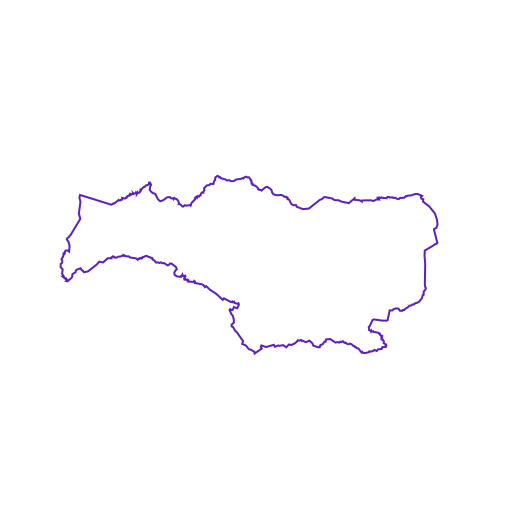 the district of Ogan Komering Ulu Timur, Sumatera Selatan, Indonesia, rotated 57°
{"feature_id": "22746128B29719145941035", "entity_name": "Ogan Komering Ulu Timur", "entity_type": "district", "adm_level": 2, "iso_a3": "IDN", "parent_name": "Indonesia", "parent_adm1": "Sumatera Selatan", "projection": "orthographic", "projection_center": [104.552, -4.106], "detail": "fine", "context": "isolated", "style": "outline", "palette": "violet", "viewbox_px": 512, "rotation_deg": 57, "n_neighbors": 0, "source": "geoboundaries", "source_scale": "gbopen_adm2", "svg_char_len": 6133}
<svg xmlns="http://www.w3.org/2000/svg" viewBox="0 0 512 512"><g transform="rotate(57 256 256)"><path d="M296.1,84.0L292.1,86.6L290.7,88.8L289.6,93.1L288.0,96.0L288.0,97.2L287.4,97.6L287.9,100.0L285.7,103.6L286.1,105.2L284.7,106.7L283.0,107.5L282.1,109.2L281.2,109.5L279.8,112.0L278.9,112.3L278.1,113.5L278.7,114.9L275.7,118.8L275.2,118.8L275.0,120.4L274.1,120.7L273.4,122.1L275.6,122.2L274.3,123.9L273.8,127.7L272.0,129.1L267.5,136.2L267.2,137.1L268.0,137.6L265.9,138.6L262.6,142.6L261.3,141.9L262.2,149.4L256.7,154.9L254.2,156.4L252.0,159.6L249.0,161.0L244.0,166.2L243.7,166.9L244.2,169.7L243.7,171.7L245.0,185.8L242.2,191.2L237.1,194.9L235.0,194.8L233.8,197.0L231.7,198.1L226.7,197.5L225.6,198.6L224.5,197.8L224.0,198.3L223.0,198.2L222.8,199.1L221.2,200.2L220.4,200.2L218.4,201.8L216.6,205.3L213.8,207.8L211.5,207.9L209.3,207.1L207.4,207.4L204.2,208.9L203.5,210.3L204.1,215.8L203.2,216.0L202.0,217.6L201.2,217.9L200.6,217.3L198.0,217.9L196.5,218.4L194.5,220.2L193.4,219.5L192.8,220.2L191.3,219.3L189.3,219.1L189.4,218.8L186.1,219.1L185.3,220.6L184.2,220.9L183.7,222.9L184.1,224.2L183.5,224.4L183.0,227.0L181.0,230.8L181.1,233.8L179.5,236.4L177.9,237.0L176.9,239.2L175.1,240.0L171.6,243.1L170.4,243.1L170.0,244.1L168.9,243.9L167.8,244.7L168.0,247.4L170.0,248.9L170.4,250.4L172.4,252.4L170.7,254.9L171.1,256.7L170.0,258.8L170.9,262.7L172.7,263.3L173.5,265.7L174.1,265.8L173.3,267.0L174.0,268.7L175.0,269.4L174.5,270.7L175.1,271.5L174.1,272.5L174.5,273.0L173.9,272.9L173.9,274.5L174.6,274.3L174.4,275.5L174.9,275.4L175.3,276.3L176.4,281.2L178.2,283.4L177.3,283.7L175.8,287.1L174.6,288.1L174.9,290.2L174.5,290.7L171.3,291.5L170.4,292.6L169.5,291.8L167.8,291.3L165.5,291.4L163.1,293.0L163.3,293.7L162.6,293.3L162.3,294.8L161.1,295.9L159.7,296.2L158.4,298.5L158.7,303.2L158.0,306.3L157.3,306.8L154.7,307.3L149.1,306.6L147.1,308.2L144.5,309.1L142.5,309.0L140.4,307.2L139.0,305.1L136.5,305.0L136.2,305.8L137.5,306.8L137.6,308.4L136.8,309.5L137.4,311.8L137.0,312.4L137.4,315.0L138.0,316.1L137.6,315.9L137.3,316.6L138.0,316.9L139.3,319.5L138.7,321.2L139.1,322.1L138.0,321.3L138.2,322.3L137.3,322.2L137.7,323.1L137.0,324.8L136.3,324.9L137.2,325.3L136.6,326.2L136.5,328.4L135.4,327.5L135.1,327.8L136.2,329.2L135.8,330.5L136.7,332.8L136.6,333.4L136.2,333.1L136.5,334.6L134.4,336.6L135.5,337.2L135.8,338.0L135.2,339.0L135.4,339.9L134.6,340.9L134.2,340.8L134.8,346.6L134.2,346.9L134.2,349.4L109.0,370.3L110.8,372.3L114.9,373.7L123.9,381.4L129.2,383.2L137.5,400.3L137.7,401.8L138.2,402.2L138.3,404.7L139.0,405.6L142.1,405.6L145.9,406.8L150.5,410.3L148.8,411.0L147.7,412.8L148.8,414.5L149.7,414.9L150.0,415.7L149.2,416.1L151.4,418.0L152.7,420.8L154.0,420.8L156.0,422.1L156.3,424.1L159.1,426.0L161.9,425.4L165.3,428.3L169.0,428.4L168.4,429.2L171.6,428.2L171.5,427.5L172.6,427.5L173.0,428.1L173.3,427.7L173.6,428.9L174.5,428.1L173.9,422.7L173.1,421.3L171.2,419.8L171.3,416.2L169.9,414.6L169.9,413.7L170.7,409.8L173.0,409.9L173.6,409.3L175.9,409.2L177.4,405.3L176.4,394.2L175.4,390.5L178.1,387.8L177.1,381.6L179.2,378.4L178.5,378.0L178.3,376.2L179.5,375.8L179.6,375.3L180.3,375.4L181.4,373.9L181.5,371.9L182.6,370.1L182.9,368.0L183.9,366.8L183.2,366.5L185.8,364.8L187.0,362.9L188.5,362.5L192.9,357.7L194.5,357.3L194.2,357.0L194.4,355.4L194.8,355.6L195.0,355.0L194.9,353.4L195.9,353.1L195.2,351.4L195.6,351.2L195.9,348.6L196.5,347.4L197.3,347.3L200.1,345.0L201.2,344.9L201.4,344.1L203.3,344.4L204.3,343.7L207.1,343.4L208.0,341.6L209.3,340.8L209.6,339.1L211.1,338.5L211.8,337.0L215.8,335.2L215.9,333.3L215.4,332.1L216.6,330.9L221.8,329.1L224.1,329.8L224.1,331.1L225.4,333.6L227.4,334.5L229.7,333.7L232.1,331.1L232.0,330.1L232.5,330.0L231.6,328.1L232.6,328.6L232.6,328.0L233.7,327.6L233.4,327.0L234.2,326.6L234.1,326.1L234.5,326.1L235.1,327.6L236.1,327.8L235.6,328.2L236.0,328.7L236.7,328.2L237.1,328.6L238.5,326.1L239.3,325.9L239.5,327.0L240.5,326.9L243.4,322.9L243.7,322.3L243.3,321.6L244.1,321.6L244.3,321.2L245.4,322.0L249.9,317.1L251.8,315.9L254.3,315.8L254.1,314.2L259.2,313.0L266.2,309.9L274.7,307.8L274.0,306.0L281.0,302.1L281.7,301.2L281.3,300.6L282.3,300.4L282.5,299.2L283.8,299.5L285.8,297.8L286.0,296.4L287.6,296.9L289.6,300.3L286.7,302.3L288.4,304.6L288.2,305.7L286.5,306.6L286.8,307.5L291.4,308.4L293.0,307.9L296.7,309.0L299.7,310.7L300.3,313.9L301.7,314.8L303.0,313.9L307.6,314.2L309.7,313.6L320.4,313.2L322.2,315.5L325.6,313.2L330.2,312.8L332.2,311.1L335.3,309.6L337.0,310.3L336.8,301.6L334.9,301.6L333.9,300.2L337.8,297.2L340.2,289.4L342.4,289.6L343.1,286.0L344.1,285.4L345.5,281.8L349.0,280.4L348.2,276.5L350.1,274.6L350.0,272.9L350.4,272.2L350.2,268.7L349.4,266.9L350.6,265.8L350.9,264.0L351.9,263.8L351.4,263.2L351.8,263.4L355.4,261.2L356.1,257.3L359.6,256.3L362.5,256.7L366.6,253.4L366.7,252.1L366.3,251.3L366.7,251.4L365.9,250.0L366.3,248.0L365.1,245.3L365.8,244.4L364.1,242.6L366.1,239.0L371.9,236.5L372.7,234.4L373.9,233.5L373.7,232.1L374.6,231.6L374.7,229.6L376.4,229.4L377.0,228.5L377.3,228.7L378.1,227.8L379.7,227.3L380.6,226.2L380.6,225.0L382.2,223.8L383.9,223.6L385.0,222.7L386.2,222.6L386.4,222.0L388.1,221.8L389.2,220.5L394.6,220.0L394.4,219.2L395.0,219.3L396.7,217.7L398.2,213.7L397.6,212.9L399.0,211.4L399.2,209.2L399.6,208.9L399.4,207.7L401.5,206.4L400.7,204.7L402.4,201.2L401.2,199.6L403.0,196.8L401.9,195.4L401.4,195.8L400.9,195.2L398.7,196.4L397.3,195.3L396.1,195.1L395.3,195.8L394.7,195.3L393.8,196.0L393.0,194.7L392.7,195.1L392.0,194.9L391.5,193.8L390.2,194.8L388.9,195.0L388.6,194.4L386.5,195.6L383.7,198.8L383.0,198.7L382.2,200.1L381.4,200.0L381.9,200.7L380.9,200.6L379.8,201.5L376.9,200.1L376.9,199.1L373.2,193.1L373.4,191.7L379.0,185.2L381.4,181.6L381.5,180.6L374.4,173.5L376.0,171.1L375.5,170.1L376.0,167.6L377.6,165.2L380.3,165.1L381.6,163.3L381.2,162.3L382.1,161.2L381.6,160.1L381.7,156.2L381.2,154.5L382.0,152.8L381.8,151.2L382.6,150.0L382.3,148.0L382.9,147.0L383.2,144.1L381.7,139.7L379.6,137.5L379.9,136.6L377.2,134.8L376.5,132.4L375.5,131.0L374.2,131.0L371.8,129.9L354.8,118.4L347.7,114.6L343.4,111.5L343.9,96.8L331.1,92.5L330.4,92.0L330.6,89.3L328.5,86.6L324.0,84.4L317.7,82.8L308.8,83.7L301.4,86.3L299.5,84.8L298.1,86.1L296.4,85.7L296.1,84.0Z" fill="none" stroke="#5b21b6" stroke-width="2"/></g></svg>